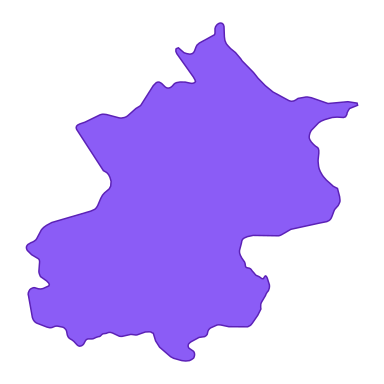 the border of Beijing
{"feature_id": "CHN-1155", "entity_name": "Beijing", "entity_type": "Municipality", "adm_level": 1, "iso_a3": "CHN", "parent_name": "China", "parent_adm1": "", "projection": "albers", "projection_center": [116.383, 40.244], "detail": "fine", "context": "isolated", "style": "filled", "palette": "violet", "viewbox_px": 384, "rotation_deg": 0, "n_neighbors": 0, "source": "natural_earth", "source_scale": "10m", "svg_char_len": 4438}
<svg xmlns="http://www.w3.org/2000/svg" viewBox="0 0 384 384"><path d="M337.5,188.5L339.6,196.6L340.0,200.3L339.9,201.7L339.4,203.0L338.7,204.5L338.1,205.6L335.0,209.1L334.5,209.8L333.9,211.2L332.0,216.3L331.2,218.1L330.4,219.3L329.7,220.0L328.9,220.6L326.9,221.6L318.9,223.2L290.9,229.3L281.4,234.8L279.8,235.5L278.6,235.8L253.1,235.4L247.5,236.6L244.2,238.0L242.7,239.2L241.9,240.6L241.4,243.2L239.8,249.3L239.5,250.6L239.5,251.8L239.6,253.1L240.3,255.2L241.7,257.9L244.6,262.1L245.1,263.7L245.5,266.4L246.0,267.2L246.9,267.7L249.3,268.2L250.3,268.7L251.1,269.4L252.3,271.1L253.7,272.6L255.4,274.7L255.9,275.2L256.7,275.6L258.8,276.5L259.8,277.1L261.4,278.3L262.2,278.7L263.5,278.6L264.1,277.4L265.1,276.1L265.7,275.9L266.3,276.4L266.9,277.3L267.3,278.2L269.4,284.8L269.5,286.3L269.3,288.1L268.4,290.7L267.0,292.4L265.7,294.7L265.6,295.3L261.7,301.9L261.1,303.2L260.8,304.0L260.7,306.4L260.7,307.4L260.9,309.0L257.8,315.2L252.3,323.2L250.8,325.0L250.0,325.6L247.7,326.8L228.8,326.7L220.9,325.0L218.7,324.8L217.1,325.0L210.6,327.9L209.7,328.6L208.7,329.7L208.3,330.5L207.9,331.3L207.2,334.3L206.3,335.5L204.7,336.6L199.1,337.4L191.2,341.7L189.7,342.8L188.6,343.9L188.2,345.1L188.1,346.2L188.4,347.2L188.8,347.9L189.1,348.3L189.3,348.4L193.4,351.2L194.0,352.0L194.4,353.0L194.6,354.3L194.5,355.5L194.2,356.8L193.6,358.1L191.7,359.5L189.5,360.6L185.7,361.0L181.8,360.6L173.6,358.3L170.6,356.7L159.6,347.2L155.6,340.9L153.3,333.3L151.9,332.7L150.9,332.0L149.2,331.8L145.3,332.0L137.0,334.9L135.8,335.0L132.0,334.5L130.8,334.4L122.0,336.4L120.8,336.4L119.3,336.2L112.3,332.9L110.4,332.4L109.2,332.4L108.1,332.6L106.1,333.4L103.0,333.8L102.4,334.1L101.7,334.7L100.5,335.9L100.0,336.3L99.2,336.6L98.2,336.7L96.1,337.4L93.3,338.7L92.1,338.9L88.1,338.9L87.1,339.2L86.2,339.8L85.5,340.6L83.9,343.6L83.3,344.5L82.5,345.1L81.7,345.7L80.6,346.0L79.6,346.2L78.3,345.8L77.0,344.8L73.8,341.3L71.8,339.8L69.9,338.7L68.6,337.6L68.0,336.6L67.3,335.0L66.7,331.8L66.3,330.4L65.6,329.3L64.2,327.9L62.9,327.2L57.4,326.1L56.2,326.1L55.0,326.3L52.0,327.5L50.9,327.7L49.5,327.7L47.0,327.1L36.7,323.1L35.7,322.5L34.5,321.5L33.8,320.5L33.2,319.6L32.4,317.6L28.4,295.2L28.2,294.8L28.2,294.0L28.3,292.8L29.1,290.9L29.8,289.7L30.7,288.9L32.5,288.0L33.5,287.7L34.7,287.7L38.4,288.8L40.7,289.0L43.1,288.5L48.8,285.9L49.3,284.6L48.8,283.2L46.6,280.9L40.5,276.6L39.5,274.3L39.0,272.6L38.9,271.1L39.6,261.8L39.5,261.0L39.4,260.3L39.1,259.5L38.3,258.7L31.6,254.7L27.3,250.4L26.7,249.1L26.5,248.4L26.4,247.6L26.5,246.7L27.0,245.6L27.9,244.5L30.6,242.9L31.3,242.5L32.3,242.2L34.1,241.2L35.8,239.9L36.7,238.7L41.3,230.0L42.3,228.8L43.8,227.3L46.6,225.3L51.8,222.5L90.8,211.1L94.8,209.3L96.4,207.7L97.7,205.6L100.8,198.3L102.5,195.2L104.6,192.8L109.2,188.9L110.7,186.1L111.1,181.4L110.0,177.5L108.7,174.8L107.2,173.0L105.8,172.0L103.3,170.6L103.1,170.2L76.7,129.5L76.3,128.4L76.2,127.3L76.6,126.1L77.7,125.0L79.9,123.9L84.9,122.2L100.1,114.8L102.3,114.2L103.6,114.2L106.4,114.5L119.3,117.9L121.1,118.1L124.4,117.5L126.4,116.7L127.8,115.7L135.9,108.5L139.2,106.5L140.4,105.7L141.0,105.0L153.3,85.6L156.3,82.6L157.8,82.1L159.1,82.1L160.2,82.6L161.1,83.1L162.0,83.8L164.9,86.7L165.7,87.3L166.7,87.8L167.9,88.1L169.0,88.0L170.2,87.6L171.2,87.0L172.4,86.0L173.9,84.2L174.7,83.5L175.6,83.0L176.6,82.6L180.1,82.0L185.3,82.1L190.4,83.2L191.9,83.4L193.6,83.1L194.8,82.4L195.5,81.5L194.9,79.7L193.3,76.9L176.9,53.8L175.9,51.5L175.9,49.6L176.2,48.7L178.4,47.8L184.0,52.7L186.7,53.6L190.0,54.2L192.5,53.5L193.8,52.2L194.5,51.0L196.0,47.0L197.0,45.1L199.4,43.0L214.4,34.8L214.8,34.0L215.0,33.0L215.0,28.7L215.6,26.6L217.1,24.6L218.5,23.6L219.8,23.1L220.9,23.0L222.4,23.5L223.4,24.6L224.0,26.5L224.4,36.8L224.9,40.4L225.1,40.9L226.0,43.1L226.5,44.0L227.8,45.6L230.6,48.6L235.5,52.6L240.8,58.9L241.9,60.6L242.6,61.4L253.5,72.5L258.0,78.2L265.2,85.6L273.0,92.0L288.9,100.6L291.2,101.3L293.6,101.0L295.5,100.1L298.1,98.4L306.0,97.0L307.4,97.0L311.3,97.7L328.0,103.5L347.9,101.7L357.1,103.1L357.6,105.3L349.6,108.5L348.4,110.3L347.2,112.6L346.8,114.6L345.5,116.8L343.5,117.5L337.1,117.1L332.1,117.5L324.8,119.6L321.2,121.1L318.6,122.8L311.3,130.4L310.1,132.7L309.4,135.1L309.2,136.8L309.2,137.5L309.3,138.2L309.8,139.6L311.2,141.9L313.4,144.3L315.5,146.2L317.1,147.2L318.0,148.0L318.4,148.8L318.8,150.5L318.8,153.3L318.1,159.9L318.1,161.6L318.6,166.4L319.1,168.6L320.3,171.6L322.4,175.3L323.6,176.9L326.3,180.0L333.3,186.3L337.5,188.5Z" fill="#8b5cf6" stroke="#5b21b6" stroke-width="1.5"/></svg>